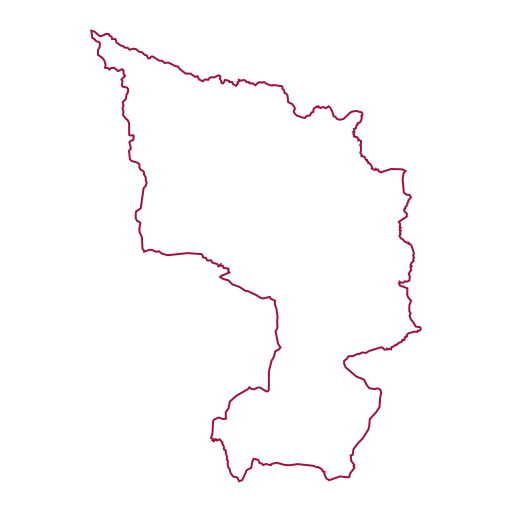 outline of Khiri Rat Nikhom, Surat Thani, Thailand
{"feature_id": "78962969B17621560211426", "entity_name": "Khiri Rat Nikhom", "entity_type": "district", "adm_level": 2, "iso_a3": "THA", "parent_name": "Thailand", "parent_adm1": "Surat Thani", "projection": "mercator", "projection_center": [98.979, 8.995], "detail": "fine", "context": "isolated", "style": "outline", "palette": "rose", "viewbox_px": 512, "rotation_deg": 0, "n_neighbors": 0, "source": "geoboundaries", "source_scale": "gbopen_adm2", "svg_char_len": 6000}
<svg xmlns="http://www.w3.org/2000/svg" viewBox="0 0 512 512"><path d="M249.3,387.4L248.1,389.0L236.3,395.8L229.9,401.5L228.5,408.3L225.7,412.3L225.9,418.7L222.8,419.0L218.5,417.5L214.0,419.7L213.1,421.2L212.4,434.2L211.0,437.9L212.3,438.8L212.5,439.8L213.3,439.2L214.0,440.2L213.0,440.7L214.1,441.2L215.5,439.2L216.4,439.4L216.8,440.4L219.7,439.4L222.5,442.7L222.2,443.4L223.9,446.6L223.9,449.3L225.9,450.6L225.7,452.7L227.1,457.3L226.8,459.5L228.0,461.3L227.6,463.8L228.4,467.6L229.5,468.7L230.6,473.1L233.2,476.5L237.4,477.5L239.1,481.3L242.3,480.0L246.8,470.1L251.2,467.8L252.3,461.8L253.6,458.8L258.1,459.8L259.7,463.1L261.9,463.6L263.1,465.1L266.0,464.0L270.9,465.2L271.7,463.9L276.8,462.7L284.8,465.0L290.0,465.2L297.7,464.1L313.3,465.8L317.0,467.3L318.3,467.1L321.7,469.2L323.1,471.6L324.5,471.8L324.4,474.2L326.4,478.5L329.2,480.2L339.8,476.5L349.2,477.3L350.0,473.7L354.5,467.6L353.5,466.2L354.3,465.0L351.2,460.8L350.7,455.4L352.7,454.8L353.4,449.4L357.5,443.7L362.7,438.4L368.3,429.6L369.2,426.3L369.8,419.0L376.4,411.9L379.5,407.0L380.2,397.5L381.2,392.6L380.4,389.9L378.8,388.7L376.7,388.5L375.1,389.2L369.3,388.2L366.9,385.3L363.9,379.5L356.6,376.7L345.7,367.4L344.1,363.7L344.2,360.7L346.9,358.9L348.5,356.2L352.6,356.2L357.9,353.8L359.1,354.2L362.1,352.5L366.0,352.9L369.1,351.0L380.9,347.3L382.1,347.3L384.5,349.7L386.4,349.4L386.9,348.6L388.1,349.5L389.7,348.8L391.0,349.3L391.7,347.0L394.1,346.3L395.6,344.7L396.7,344.9L399.0,342.7L401.4,342.1L402.4,340.0L404.2,340.1L404.1,339.2L405.8,337.2L405.5,336.7L407.0,336.3L406.9,334.8L408.4,333.3L414.7,331.6L417.4,331.9L417.8,330.6L419.4,330.8L420.7,329.3L420.7,328.1L419.8,327.1L416.1,326.7L414.9,325.5L414.3,323.7L410.8,319.2L409.6,315.6L410.6,313.3L409.3,311.2L409.4,305.0L411.1,300.8L408.3,297.6L407.2,294.9L407.4,288.3L399.8,285.4L399.0,283.6L399.5,281.7L400.8,282.7L403.1,282.7L404.9,281.3L406.7,281.7L409.4,280.5L409.8,276.2L408.7,274.0L410.3,270.9L411.2,270.5L410.5,266.9L411.7,266.2L410.6,264.8L412.3,261.9L413.6,261.1L413.1,259.3L414.0,257.7L413.1,255.5L413.9,254.1L413.7,252.5L411.4,245.5L410.4,244.3L408.4,243.7L408.6,242.7L406.8,242.6L404.1,241.2L403.3,239.8L400.8,238.2L399.4,236.0L400.6,233.9L399.9,232.9L400.7,230.7L399.8,230.4L399.8,229.1L400.7,227.6L399.7,227.2L400.2,224.1L398.8,221.9L406.7,216.6L406.8,213.5L404.5,211.5L404.1,209.4L405.3,208.5L405.1,207.7L407.4,204.7L407.3,202.9L408.5,201.6L408.3,200.3L411.0,197.4L409.5,194.9L406.4,194.7L403.8,192.6L402.6,179.0L403.5,173.4L405.6,171.0L402.1,169.3L391.0,169.0L380.6,172.4L378.9,171.3L378.0,169.5L376.1,169.8L375.7,168.9L374.5,169.9L371.8,168.6L372.2,168.0L371.3,165.5L369.7,163.4L368.3,163.1L368.3,161.9L367.0,160.9L367.0,160.0L365.8,159.6L364.4,156.8L361.5,156.1L361.8,155.3L360.3,152.8L361.0,150.3L360.9,145.0L360.3,144.9L361.1,142.9L360.8,140.8L359.0,140.1L358.7,139.4L358.3,139.9L358.1,138.4L356.7,137.0L355.3,137.1L354.9,136.4L354.0,136.4L354.0,134.5L353.4,134.1L354.3,132.5L353.2,131.9L354.3,131.2L354.0,129.0L355.8,128.4L356.7,124.8L357.8,124.5L357.8,123.1L359.6,122.6L361.0,121.0L361.9,117.2L361.3,116.0L362.5,114.5L361.9,112.5L356.5,111.0L352.3,111.5L349.9,112.8L343.5,119.0L339.5,119.8L336.9,118.8L335.5,116.9L333.7,116.3L332.2,111.4L330.2,107.6L328.6,106.3L325.7,108.3L324.0,107.2L322.1,107.2L320.9,108.0L318.3,107.2L318.5,106.5L317.4,106.2L313.7,108.7L313.2,112.0L311.5,112.5L310.0,115.5L307.0,115.8L305.0,117.9L302.7,117.6L296.9,115.6L294.2,112.9L293.9,111.0L294.9,108.9L294.1,106.5L292.3,104.1L288.2,102.2L287.5,95.5L286.2,93.6L284.5,92.9L284.2,90.3L282.3,88.6L282.5,87.0L281.7,86.2L273.3,85.0L272.4,85.6L270.6,85.3L266.8,84.0L264.0,82.0L262.0,82.7L260.0,82.2L258.2,82.6L255.3,85.3L252.7,83.3L251.2,83.6L249.3,83.1L249.1,82.2L246.4,82.1L245.8,80.9L243.9,80.0L240.7,80.7L238.9,79.9L239.0,81.3L237.6,82.1L238.0,83.2L236.0,85.8L232.8,83.9L232.3,82.0L229.4,82.1L229.1,80.9L225.1,79.9L223.5,83.0L222.1,83.4L221.5,82.9L221.2,80.6L219.8,78.9L220.4,77.0L220.0,75.8L218.6,75.3L214.1,77.5L211.4,77.1L208.9,78.5L208.3,79.8L204.8,79.5L202.9,81.3L199.1,79.4L197.5,76.2L195.2,76.9L190.6,73.7L185.5,73.5L179.3,68.6L178.2,66.6L175.5,66.2L168.5,62.6L164.3,62.9L162.3,60.8L159.3,60.7L152.7,56.5L151.1,56.6L149.9,58.3L148.1,58.4L146.7,55.4L144.7,54.9L141.8,52.2L139.2,51.8L135.9,49.1L133.7,48.7L129.6,49.7L127.7,47.8L124.7,47.6L123.0,45.9L121.0,45.7L116.7,42.7L115.4,39.1L112.1,39.0L111.7,37.0L109.5,35.7L108.6,34.0L105.6,34.0L103.1,35.5L99.8,36.2L94.4,31.6L91.3,30.7L92.3,38.0L94.8,39.3L95.7,40.9L99.1,42.2L99.9,43.4L99.7,46.9L97.9,50.4L98.0,54.9L102.2,57.7L104.3,60.4L105.6,64.6L105.1,67.8L107.8,68.1L109.4,69.6L110.7,68.2L114.1,67.7L118.1,71.1L122.1,69.2L123.5,70.3L123.7,74.3L125.1,75.9L121.5,79.5L122.5,81.2L121.8,85.3L123.0,86.7L127.1,87.6L128.0,89.1L128.0,92.1L126.5,94.7L125.8,99.1L122.7,102.2L123.5,105.9L122.5,108.2L123.4,111.3L123.1,115.1L125.8,118.7L127.6,120.0L129.1,123.1L129.2,134.9L130.5,135.5L133.5,135.4L133.8,136.4L133.2,140.0L130.3,141.1L129.4,142.3L130.9,148.4L129.0,150.9L129.9,159.1L131.4,160.9L137.6,162.7L139.4,164.3L139.4,167.4L140.5,169.6L143.2,171.1L144.1,172.4L144.0,174.5L145.7,177.3L145.8,180.7L146.7,182.7L145.8,185.7L143.6,188.3L140.7,208.4L136.1,211.5L135.7,213.7L135.7,218.2L137.2,221.1L139.3,221.8L140.4,223.2L139.3,228.9L139.7,232.4L141.9,237.3L142.5,249.0L143.8,250.1L144.1,251.8L149.1,249.9L151.9,249.9L156.1,251.8L159.0,251.3L162.0,253.7L167.8,255.2L187.4,253.1L201.6,254.1L202.8,255.8L202.8,257.3L205.9,257.9L207.4,260.5L211.3,260.4L212.1,262.5L217.3,264.1L218.4,266.3L220.5,264.5L220.5,265.8L222.7,265.7L223.6,267.9L228.5,268.7L228.2,270.8L229.4,272.5L221.3,275.8L220.1,277.0L223.1,278.9L228.5,280.4L232.3,284.3L239.4,286.9L245.4,290.8L248.2,291.3L256.1,295.0L261.0,298.1L263.4,298.4L269.8,296.9L270.7,298.7L275.1,300.7L274.8,304.1L276.4,308.7L277.6,317.1L277.1,321.1L277.5,327.5L275.6,331.6L278.1,343.8L280.5,347.5L278.6,349.6L275.1,351.5L274.1,356.5L271.6,360.6L268.9,371.5L268.8,389.8L267.9,391.2L266.5,391.5L259.9,387.5L258.1,387.5L253.8,389.3L251.6,388.9L249.3,387.4Z" fill="none" stroke="#9f1239" stroke-width="2"/></svg>